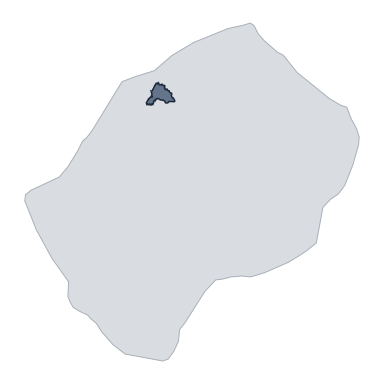 Kueneng, Berea, Lesotho (highlighted)
{"feature_id": "5366337B11149165517433", "entity_name": "Kueneng", "entity_type": "district", "adm_level": 2, "iso_a3": "LSO", "parent_name": "Lesotho", "parent_adm1": "Berea", "projection": "orthographic", "projection_center": [27.999, -29.014], "detail": "fine", "context": "in_parent", "style": "filled", "palette": "slate", "viewbox_px": 384, "rotation_deg": 0, "n_neighbors": 0, "source": "geoboundaries", "source_scale": "gbopen_adm2", "svg_char_len": 5057}
<svg xmlns="http://www.w3.org/2000/svg" viewBox="0 0 384 384"><path d="M264.7,272.6L251.9,276.6L250.1,276.9L241.9,276.0L231.0,276.9L222.4,279.1L215.7,279.9L204.8,291.5L185.0,322.8L179.7,329.4L178.3,341.7L173.7,351.5L168.1,359.1L162.6,361.0L146.2,357.9L125.2,354.1L112.9,344.6L102.0,332.2L96.2,323.2L90.2,318.2L88.1,315.4L79.5,311.3L76.3,309.2L73.4,307.6L69.9,301.6L67.9,296.4L68.6,281.8L62.5,273.2L52.0,258.4L45.4,246.3L36.3,229.8L30.7,215.6L24.8,201.0L25.5,194.7L30.9,190.3L46.9,182.8L59.3,177.0L68.2,166.4L77.8,150.7L82.5,141.3L87.2,137.0L92.3,130.3L101.3,115.6L111.3,99.2L122.1,81.6L135.7,76.5L154.3,70.7L172.2,55.3L193.6,42.5L228.1,28.5L244.1,25.0L250.3,23.0L254.1,25.7L258.2,33.8L264.0,40.5L277.5,52.3L283.2,55.1L297.1,72.5L312.0,84.5L329.1,98.4L340.8,105.3L346.7,107.2L351.5,119.4L356.4,128.4L359.2,136.9L358.5,145.1L352.8,165.1L344.7,185.5L338.3,194.0L330.5,199.3L322.9,207.3L319.9,223.7L316.3,243.0L306.4,250.9L298.7,256.0L288.1,262.4L264.7,272.6Z" fill="#d9dde1" stroke="#a8b0b8" stroke-width="1"/><path d="M174.5,101.5L174.4,101.4L174.4,101.2L174.6,100.9L174.7,100.7L174.6,100.3L174.3,99.8L174.2,99.5L174.1,99.2L173.9,99.1L173.8,98.8L173.7,98.7L173.2,98.3L173.1,98.0L173.0,97.8L172.8,97.9L172.7,97.8L172.1,97.6L171.7,96.9L171.7,96.6L171.8,96.4L171.6,95.9L171.3,95.5L171.3,95.4L171.4,95.2L171.5,95.0L171.6,94.7L171.7,94.3L171.8,94.1L171.8,93.8L171.8,93.6L171.6,93.4L171.5,93.2L171.2,93.2L170.9,92.9L170.5,93.0L170.3,92.9L170.1,92.7L169.8,92.2L169.7,92.0L169.6,91.9L169.1,91.5L169.2,91.3L169.2,91.1L169.0,90.8L169.0,90.7L168.6,90.6L168.4,90.7L168.2,90.6L167.5,90.3L167.5,90.2L167.4,89.9L167.3,89.7L167.1,89.5L167.1,89.4L167.0,89.2L166.6,89.3L166.4,89.2L166.3,89.3L166.3,89.5L166.2,89.5L166.2,89.4L166.3,89.3L166.1,89.3L166.0,89.2L165.9,89.2L165.8,89.3L166.0,89.3L165.9,89.4L165.8,89.6L165.6,89.6L165.6,89.4L165.4,89.1L165.2,89.1L165.0,88.7L164.9,88.6L164.7,88.4L164.8,88.2L164.7,88.1L164.8,88.0L164.8,87.9L164.7,87.9L164.6,87.7L164.6,87.3L164.5,87.2L164.7,86.7L164.4,86.7L164.4,86.3L164.6,86.2L164.5,85.9L164.6,85.7L164.3,85.6L164.2,85.4L163.9,85.5L163.7,85.6L163.4,85.4L163.2,85.4L162.9,85.1L162.7,85.1L162.6,84.9L162.4,84.8L162.4,84.7L162.0,84.5L162.0,84.4L161.9,84.4L161.7,84.2L161.5,84.3L161.3,84.7L161.2,84.9L161.0,85.0L160.9,85.0L160.7,85.0L160.4,85.0L160.2,85.0L160.1,84.9L159.9,84.6L159.7,84.6L159.4,84.7L159.2,84.6L159.0,84.2L158.9,84.1L158.8,83.9L158.8,83.6L158.7,83.4L158.7,83.2L158.4,83.0L158.4,82.9L158.2,82.9L158.1,82.7L157.9,82.9L158.0,82.9L158.1,83.0L157.9,83.1L157.7,83.3L157.4,83.3L157.5,83.4L157.4,83.5L157.2,83.5L157.1,83.8L156.6,83.6L156.4,83.8L156.1,83.8L156.0,83.7L155.8,84.0L155.6,84.1L155.3,84.9L155.2,85.0L155.3,85.2L155.2,85.4L154.7,85.7L154.6,85.8L154.1,86.9L153.9,87.4L153.9,87.6L153.7,88.0L153.3,88.7L153.1,88.9L153.1,89.1L152.7,89.7L152.4,90.4L151.7,91.3L151.4,91.2L151.6,91.5L151.3,92.2L151.3,92.4L151.3,92.7L151.5,92.9L151.9,93.2L152.0,93.5L152.0,94.0L151.9,94.3L151.7,94.9L151.6,95.1L151.5,95.3L151.5,95.5L151.8,95.7L151.7,96.0L151.9,96.1L152.0,96.3L152.3,96.4L152.1,96.7L152.0,96.9L151.8,96.9L151.7,96.9L151.7,97.2L151.4,97.1L151.2,97.0L150.8,97.0L150.7,96.9L150.5,97.1L150.6,97.3L150.0,97.6L149.7,97.8L149.5,98.0L149.5,98.4L149.5,98.5L149.4,98.6L148.8,98.6L148.6,98.7L148.5,98.8L148.4,99.1L148.4,99.3L148.2,99.6L148.3,99.9L148.3,100.1L148.1,100.1L147.8,100.4L147.6,100.5L147.4,100.9L147.3,101.1L147.0,102.0L146.8,102.1L146.7,102.2L146.6,102.4L146.5,102.5L146.4,102.6L146.3,102.9L146.3,103.0L146.6,103.4L146.7,103.7L146.8,103.8L147.0,103.8L146.9,104.2L147.0,104.3L146.9,104.6L147.0,104.6L147.5,104.5L147.7,104.4L147.9,104.6L148.1,104.6L148.2,104.3L148.3,104.3L148.4,104.5L148.6,104.6L149.1,104.5L149.1,104.3L149.2,104.1L149.3,104.0L149.6,104.2L149.7,104.5L149.9,104.6L149.8,104.8L150.1,104.8L150.3,104.7L150.4,104.2L151.0,104.1L151.4,104.2L151.5,104.2L151.5,104.5L151.5,104.8L151.8,104.6L152.0,104.5L152.4,104.6L152.5,104.6L152.7,104.4L152.9,104.5L153.0,104.3L152.8,103.9L153.0,103.9L153.3,103.5L153.2,103.4L153.3,103.3L153.4,103.2L153.4,102.8L153.5,102.7L153.6,102.3L153.7,102.2L153.6,101.9L153.5,101.5L153.6,101.4L153.8,101.4L153.9,101.2L154.0,101.0L154.0,100.8L154.1,100.7L154.2,100.4L154.3,100.3L154.6,100.4L154.8,100.4L154.9,100.5L154.9,100.4L155.0,100.4L155.0,100.2L155.3,100.1L155.6,100.2L155.7,99.9L155.7,99.7L155.8,99.6L155.8,99.4L156.0,99.1L156.3,98.7L156.6,98.7L157.1,98.9L157.2,98.7L157.3,98.6L157.6,98.5L157.8,98.5L158.0,98.5L158.4,98.6L158.5,98.7L158.8,98.8L159.2,99.3L159.4,99.5L160.1,99.6L160.3,99.7L160.5,99.9L160.8,99.8L161.5,100.1L161.8,100.0L162.1,100.0L162.4,100.1L162.6,100.2L162.9,100.2L163.2,100.1L163.4,100.3L163.9,100.7L164.4,100.8L164.6,100.9L164.9,101.4L165.0,101.9L165.1,102.1L165.3,102.3L165.5,102.6L165.6,102.8L165.9,103.0L166.0,102.9L166.6,102.9L167.1,102.9L167.8,102.9L168.1,102.5L168.4,102.3L168.6,102.0L168.8,101.7L169.3,101.4L169.5,101.4L169.7,101.5L170.2,101.6L170.4,101.6L170.8,101.5L171.0,101.5L171.6,101.6L172.4,101.6L172.6,101.6L172.9,101.6L173.0,101.5L173.3,101.6L173.5,101.7L173.9,101.7L174.2,101.7L174.5,101.5Z" fill="#64748b" stroke="#1e293b" stroke-width="1.5"/></svg>